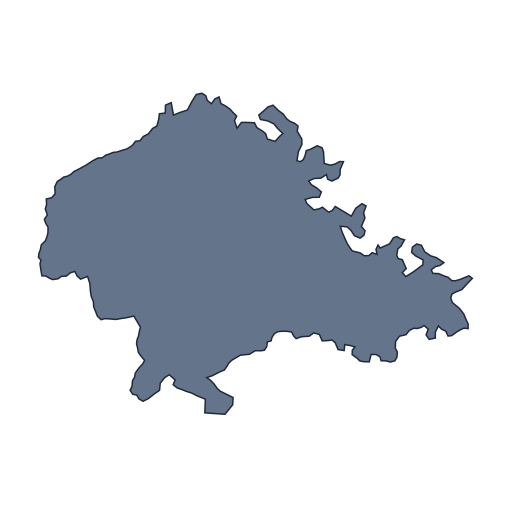 Honório Serpa, Paraná, Brazil (Mercator projection), rotated 183°
{"feature_id": "56859067B29869228450970", "entity_name": "Honório Serpa", "entity_type": "district", "adm_level": 2, "iso_a3": "BRA", "parent_name": "Brazil", "parent_adm1": "Paraná", "projection": "mercator", "projection_center": [-52.402, -26.16], "detail": "fine", "context": "isolated", "style": "filled", "palette": "slate", "viewbox_px": 512, "rotation_deg": 183, "n_neighbors": 0, "source": "geoboundaries", "source_scale": "gbopen_adm2", "svg_char_len": 4294}
<svg xmlns="http://www.w3.org/2000/svg" viewBox="0 0 512 512"><g transform="rotate(183 256 256)"><path d="M348.7,404.7L354.3,401.9L354.1,394.0L359.9,393.0L360.3,387.6L361.7,380.7L366.0,377.9L369.8,372.4L375.0,369.3L377.9,365.0L382.3,364.3L385.5,359.7L390.5,356.2L394.8,354.7L400.4,352.5L404.1,352.0L407.8,350.2L411.1,349.0L414.7,346.0L419.0,345.6L424.1,342.5L431.0,337.5L438.9,332.7L442.3,330.8L445.0,328.0L448.1,326.0L452.3,324.7L455.0,322.3L458.3,320.1L460.6,314.6L459.8,307.8L463.1,303.5L468.4,302.0L467.8,296.2L468.9,292.0L466.5,286.2L469.3,281.4L467.6,277.5L465.2,273.9L465.0,268.3L465.7,264.4L467.1,260.2L471.0,255.9L471.7,250.9L472.9,247.4L473.2,243.3L470.6,240.7L471.3,236.9L470.1,230.8L468.8,225.0L464.8,225.0L461.1,223.0L457.8,221.8L452.4,222.9L449.5,225.4L444.4,226.0L440.2,229.7L436.1,231.1L433.7,226.8L430.0,223.7L423.1,226.8L420.5,219.8L419.6,212.7L418.5,207.3L416.0,201.9L415.4,196.7L411.2,187.6L407.4,184.3L403.7,185.5L399.0,185.5L392.7,185.3L386.1,186.8L382.4,187.5L374.8,189.6L367.7,178.9L368.5,175.1L369.2,169.7L370.4,166.2L370.7,161.9L369.4,157.8L368.5,153.7L365.1,149.4L361.8,146.0L363.4,142.5L367.2,137.8L370.4,132.8L370.9,128.7L372.8,124.9L373.0,119.5L374.7,115.2L371.7,111.4L367.8,110.9L365.5,107.2L361.2,105.0L356.0,108.0L349.7,113.5L345.3,116.8L345.0,123.9L340.9,129.7L336.4,132.9L330.3,128.0L332.0,123.2L327.8,120.1L322.8,118.7L318.7,117.2L313.1,115.8L308.1,113.5L299.1,110.4L298.9,96.7L278.7,96.3L271.5,106.2L271.5,113.5L284.4,119.0L287.6,121.5L290.9,125.7L294.6,129.3L298.8,132.0L293.5,134.1L286.1,138.4L281.6,140.5L279.2,144.4L277.5,147.7L274.5,150.8L266.3,156.2L257.4,157.5L251.8,161.4L246.4,161.6L242.7,162.3L240.5,166.2L240.2,170.8L236.5,172.0L235.7,175.7L233.7,179.3L230.5,181.5L226.2,182.2L220.7,182.4L216.4,181.9L214.3,178.2L211.6,175.6L206.5,177.7L203.0,178.2L198.8,178.6L194.4,182.2L188.6,181.0L185.5,174.7L179.8,175.3L175.7,176.1L172.4,173.6L169.1,166.8L163.0,166.2L162.7,172.2L156.6,171.4L152.4,170.3L154.9,167.0L154.8,162.5L149.8,159.3L146.8,156.6L143.1,156.1L137.4,156.2L135.9,163.7L130.8,163.9L126.9,161.8L125.6,157.9L120.8,158.1L116.3,157.1L111.8,158.6L110.0,162.2L109.8,167.5L112.1,171.4L112.1,178.1L108.5,183.4L102.1,185.3L99.0,189.6L94.8,192.1L91.3,192.0L87.4,193.3L84.6,195.3L80.2,192.1L82.0,186.1L78.7,181.8L72.7,183.4L72.9,189.4L70.2,195.7L66.7,192.5L62.6,190.9L60.0,186.1L56.4,186.7L51.3,190.9L48.1,193.0L44.6,194.8L40.4,194.6L40.6,199.2L43.1,203.9L45.5,209.0L50.2,214.4L57.4,219.7L59.3,224.1L58.3,228.2L55.0,230.3L48.7,233.2L44.4,238.5L38.8,245.0L42.3,247.4L50.9,243.3L55.7,241.7L59.1,241.6L63.2,244.9L67.0,245.9L72.8,248.0L78.4,247.9L80.3,251.3L76.2,254.8L71.9,256.1L68.0,259.2L75.7,263.8L81.6,265.3L87.8,269.1L91.4,275.4L96.2,276.4L100.3,273.0L100.8,267.7L96.6,264.4L88.9,260.8L88.9,256.0L98.0,248.4L105.3,243.3L109.0,247.1L105.3,251.3L107.9,256.3L109.7,260.0L113.9,260.9L115.5,264.2L114.7,270.6L111.8,273.3L108.5,279.9L113.1,281.0L116.3,282.8L119.7,281.4L123.2,275.2L132.5,270.4L134.7,273.4L136.5,269.0L135.3,264.0L140.2,265.4L143.3,262.3L147.8,261.9L152.3,264.6L160.1,266.1L162.5,269.0L165.7,273.4L171.1,284.1L173.4,290.1L166.8,289.9L162.7,286.8L158.8,281.4L153.0,279.3L149.3,282.3L148.4,286.9L152.3,291.0L149.2,299.7L150.8,304.9L148.7,311.7L152.9,313.8L158.8,309.0L162.9,300.8L179.5,309.6L182.1,305.5L185.8,303.5L192.2,308.2L195.5,306.4L200.6,305.1L208.0,311.1L209.9,315.1L202.6,317.5L195.9,318.0L194.1,323.4L199.2,327.3L204.3,330.0L207.3,333.7L201.8,336.5L195.4,337.1L189.9,341.0L188.5,336.5L184.2,334.8L178.0,338.1L176.3,341.5L176.5,346.7L173.6,354.8L177.4,354.7L182.3,351.8L186.6,350.6L192.7,352.0L194.0,363.5L195.7,367.6L200.7,369.3L207.3,365.4L211.3,363.9L212.3,358.8L213.8,354.7L216.7,352.5L220.1,353.3L219.2,362.1L216.0,369.8L216.4,375.3L221.4,382.8L220.8,388.0L224.3,390.5L229.4,392.4L232.6,394.7L236.3,399.2L241.0,402.3L246.9,407.5L251.8,405.5L256.3,400.9L260.6,396.9L258.7,392.6L251.3,391.5L245.1,388.9L241.0,384.4L235.6,379.7L238.6,376.8L242.9,371.5L250.8,373.4L252.7,378.6L255.7,380.9L261.9,384.3L264.5,389.0L273.6,388.9L277.6,388.6L281.6,382.6L284.6,390.1L282.6,394.7L287.0,398.6L289.6,401.3L294.5,404.4L298.9,406.3L301.2,412.9L305.3,410.7L308.5,405.7L312.9,409.0L314.5,413.4L318.5,415.7L324.1,414.2L328.4,406.4L332.1,398.2L339.6,395.3L345.8,392.4L348.7,404.7Z" fill="#64748b" stroke="#1e293b" stroke-width="1.5"/></g></svg>